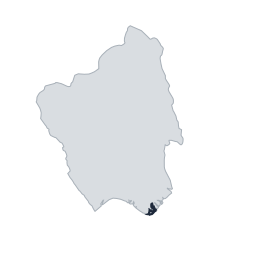 location of Brass, Bayelsa, Nigeria, rotated 323°
{"feature_id": "59680162B87797979497124", "entity_name": "Brass", "entity_type": "district", "adm_level": 2, "iso_a3": "NGA", "parent_name": "Nigeria", "parent_adm1": "Bayelsa", "projection": "equal_earth", "projection_center": [6.404, 4.514], "detail": "fine", "context": "in_parent", "style": "outline", "palette": "slate", "viewbox_px": 256, "rotation_deg": 323, "n_neighbors": 0, "source": "geoboundaries", "source_scale": "gbopen_adm2", "svg_char_len": 5804}
<svg xmlns="http://www.w3.org/2000/svg" viewBox="0 0 256 256"><g transform="rotate(323 128 128)"><path d="M191.3,47.7L197.3,58.4L198.6,66.5L199.1,70.4L200.1,70.9L202.0,71.1L203.3,71.9L204.1,73.2L204.6,74.4L204.7,75.2L204.4,80.0L203.9,81.7L204.2,84.1L204.2,85.1L204.0,85.8L203.1,86.6L202.0,87.4L199.4,89.7L198.7,90.0L197.5,90.1L196.6,90.6L195.4,91.9L193.0,96.5L190.9,101.1L189.4,108.6L187.6,111.0L187.3,113.1L187.0,117.8L186.7,119.2L186.4,119.6L184.4,120.5L183.3,121.6L182.6,123.7L181.8,130.9L181.5,132.1L180.8,133.4L179.8,134.7L178.9,135.5L176.6,136.0L174.4,141.4L174.4,142.4L173.5,147.3L171.8,151.0L171.7,153.4L169.6,156.7L168.5,159.0L169.6,161.3L169.7,161.7L166.1,165.6L165.9,166.2L165.8,169.0L165.5,169.7L164.8,170.7L163.8,171.8L162.8,172.7L161.7,173.3L160.6,173.5L160.0,173.1L159.7,172.3L159.1,168.9L158.7,168.2L158.0,167.6L155.2,163.9L153.5,162.6L153.2,162.7L152.9,163.0L152.4,164.9L151.9,165.6L151.0,165.8L149.5,165.8L148.4,165.6L148.1,165.2L147.6,163.8L144.1,167.1L142.9,167.9L141.3,171.8L139.1,173.8L137.6,175.5L133.6,180.9L132.8,182.5L132.0,184.9L130.3,195.1L127.5,201.4L127.1,202.8L127.0,202.7L126.6,203.3L125.5,202.9L125.0,201.8L124.3,201.6L123.2,199.8L122.9,200.1L124.2,204.5L123.7,206.2L120.3,206.3L117.3,206.8L115.3,206.8L114.3,206.2L113.8,204.5L113.7,204.7L113.6,205.6L112.9,206.3L110.7,206.4L109.7,205.3L108.8,204.0L108.0,203.5L108.1,204.0L109.1,205.2L109.0,207.0L107.1,209.0L106.0,209.1L105.3,208.3L104.9,206.8L104.7,204.7L104.2,203.3L104.3,205.6L104.3,207.8L105.2,209.4L103.8,210.0L102.2,210.0L102.0,209.4L101.8,208.0L101.5,207.6L101.2,210.0L97.9,210.6L97.4,210.6L97.3,210.1L97.6,209.5L97.5,208.4L96.8,209.2L96.7,210.9L96.3,211.1L95.0,210.9L93.7,210.0L91.4,208.0L88.7,204.7L88.3,203.2L87.5,201.3L86.1,196.3L86.3,196.0L86.9,196.3L87.3,195.8L86.1,195.5L85.9,195.1L85.8,194.0L85.9,192.6L87.6,191.9L88.0,191.1L88.2,190.3L86.1,191.5L84.1,190.1L83.7,189.2L83.9,188.6L86.2,188.5L87.0,187.9L86.5,187.6L85.6,187.7L85.3,187.2L85.3,186.2L85.1,186.4L84.7,187.3L83.3,188.0L82.6,187.3L82.5,185.8L82.3,185.2L81.7,184.6L79.3,180.6L76.4,177.3L73.8,175.0L69.8,173.9L61.6,174.0L61.1,173.7L61.6,173.1L62.3,172.8L65.0,170.9L64.5,170.7L61.8,171.8L60.8,172.0L59.6,174.2L51.5,174.7L51.5,173.6L51.9,170.7L52.4,168.7L51.8,166.3L51.7,164.0L52.0,163.3L52.2,162.5L52.1,156.8L52.5,156.0L52.5,155.4L51.7,153.0L51.7,151.1L51.6,149.3L51.3,148.5L51.6,141.6L51.5,139.9L51.8,138.6L52.0,135.6L51.9,132.7L52.5,128.1L56.0,127.5L56.8,125.7L57.3,123.4L57.2,121.1L58.3,119.1L59.7,117.4L59.6,115.5L60.0,114.9L60.7,114.4L61.6,114.2L62.6,113.2L63.2,111.5L63.8,108.8L62.9,107.0L62.9,106.5L63.3,105.5L63.8,104.5L64.2,104.2L65.2,104.5L65.6,104.1L66.2,101.1L66.2,100.3L65.2,98.3L64.7,92.9L64.5,92.2L63.7,91.2L61.8,87.5L61.9,85.7L62.7,83.4L63.2,82.3L64.0,81.7L64.1,81.1L63.9,80.5L63.5,80.0L63.4,79.0L63.8,77.5L63.7,76.0L63.9,67.9L65.5,66.3L67.8,63.7L69.0,60.9L69.6,58.8L70.4,51.9L71.6,51.2L73.9,48.6L77.0,47.2L79.1,46.7L82.6,47.0L84.4,46.8L85.9,45.4L86.6,45.0L87.6,44.8L96.5,48.4L97.3,48.2L97.9,48.4L99.0,49.4L101.6,52.7L104.4,57.9L105.2,59.0L106.1,59.6L107.0,59.9L107.6,59.8L108.2,59.3L109.1,58.3L110.4,57.9L111.5,57.9L117.0,54.0L117.5,53.9L120.9,54.8L125.5,58.8L129.3,61.4L132.0,62.2L135.1,62.9L140.4,63.0L144.4,57.5L145.9,56.2L147.6,55.1L151.4,54.1L157.5,53.4L163.3,53.7L166.9,54.7L170.7,56.5L172.4,58.2L175.0,58.5L176.8,58.2L177.4,56.4L179.2,54.2L182.0,52.1L184.2,50.6L186.1,49.9L187.7,48.2L189.0,47.7L191.3,47.7ZM110.9,208.7L109.6,209.2L108.8,209.1L109.9,206.8L110.5,207.2L111.2,207.5L110.9,208.7Z" fill="#d9dde1" stroke="#a8b0b8" stroke-width="1"/><path d="M101.0,207.2L101.1,206.8L101.1,206.6L101.3,206.5L101.4,206.3L101.2,206.2L101.0,205.9L101.1,205.7L101.0,205.3L100.8,205.2L100.7,205.1L100.7,204.9L100.7,204.7L100.9,204.4L101.0,204.2L101.2,203.9L101.3,203.9L101.4,203.7L101.5,203.7L101.6,203.4L101.8,203.1L101.9,202.9L101.7,202.8L101.5,202.7L101.3,202.7L101.2,202.7L101.0,202.8L100.9,202.8L100.7,202.9L100.6,203.0L100.4,203.3L100.2,203.5L99.9,203.9L99.7,204.1L99.6,204.3L99.5,204.5L99.3,204.7L99.1,205.0L99.1,205.5L99.1,205.8L99.3,206.3L99.3,206.5L99.5,206.6L99.4,206.7L99.5,206.7L99.4,207.0L99.5,206.9L99.6,207.0L99.7,207.5L99.8,207.6L99.7,207.7L99.8,208.0L99.7,208.1L99.8,208.5L99.8,208.9L99.7,209.0L99.4,209.1L99.1,209.4L98.9,209.4L98.8,209.5L98.6,209.6L98.4,209.6L98.2,209.6L97.9,209.5L97.7,209.4L97.5,209.5L97.4,209.7L97.3,210.1L97.2,210.3L97.1,210.6L97.1,210.8L97.3,210.9L97.5,210.9L97.8,210.8L98.0,210.8L98.4,210.8L98.8,210.7L99.0,210.7L99.4,210.6L99.6,210.5L99.9,210.7L100.0,210.5L100.2,210.4L100.4,210.3L101.1,210.3L101.1,210.0L101.1,209.8L101.0,209.7L100.8,209.7L100.7,209.6L100.7,209.4L100.7,209.1L100.7,208.9L100.7,208.7L100.7,208.4L100.7,208.2L100.8,208.0L100.8,207.9L100.8,207.7L100.7,207.7L100.5,207.4L100.5,207.2L100.4,207.2L100.4,206.9L100.4,206.7L100.4,206.4L100.3,206.2L100.3,205.9L100.2,205.9L100.1,205.7L99.9,205.7L99.7,205.8L99.6,205.7L99.9,205.4L100.2,205.3L100.2,205.5L100.3,205.6L100.3,205.8L100.5,206.1L100.7,206.3L100.7,206.5L100.8,206.6L100.8,206.8L100.7,206.8L100.7,206.7L100.7,206.8L100.8,206.8L100.8,206.7L100.8,206.8L100.9,207.0L101.0,207.2ZM92.0,208.9L92.3,209.2L92.9,209.7L93.6,210.1L93.8,210.4L93.7,210.5L94.0,210.6L94.8,210.9L95.0,210.9L95.1,211.1L95.3,211.2L95.6,211.2L95.8,211.2L96.3,211.1L96.5,211.1L96.8,211.1L96.9,210.8L96.8,210.7L96.8,210.2L96.9,209.7L97.0,209.4L97.1,209.2L97.1,208.8L96.8,208.6L96.6,208.5L96.6,208.3L96.3,208.1L96.1,208.0L96.0,207.9L95.9,207.5L95.9,207.4L95.9,207.0L96.0,206.9L96.1,206.7L96.2,206.3L96.1,206.1L95.8,206.6L95.7,206.7L95.4,206.9L95.3,207.1L95.2,207.1L95.0,207.4L94.9,207.6L94.6,207.7L94.5,207.8L94.3,207.9L94.3,208.0L94.0,208.1L93.9,208.2L93.8,208.4L93.8,208.5L93.8,208.8L93.7,208.9L93.7,209.1L93.7,209.3L93.6,209.5L93.4,209.5L93.3,209.4L93.1,209.3L92.8,209.2L92.5,209.0L92.4,209.0L92.0,208.9Z" fill="none" stroke="#1e293b" stroke-width="2"/></g></svg>